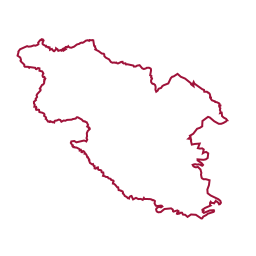 outline of Texcatepec, Veracruz, Mexico, rotated 82°
{"feature_id": "50627088B91275102089847", "entity_name": "Texcatepec", "entity_type": "district", "adm_level": 2, "iso_a3": "MEX", "parent_name": "Mexico", "parent_adm1": "Veracruz", "projection": "equal_earth", "projection_center": [-98.314, 20.622], "detail": "fine", "context": "isolated", "style": "outline", "palette": "rose", "viewbox_px": 256, "rotation_deg": 82, "n_neighbors": 0, "source": "geoboundaries", "source_scale": "gbopen_adm2", "svg_char_len": 5758}
<svg xmlns="http://www.w3.org/2000/svg" viewBox="0 0 256 256"><g transform="rotate(82 128 128)"><path d="M41.0,227.3L43.2,224.9L45.3,224.5L46.1,224.6L46.5,225.1L47.1,224.9L50.8,221.9L52.3,222.1L53.0,221.6L53.5,218.4L54.6,217.5L54.0,216.8L55.5,211.5L56.8,211.0L57.0,210.4L56.1,208.8L56.6,207.4L59.0,207.7L60.0,205.1L61.5,204.4L62.4,204.2L62.7,204.7L64.4,205.4L65.7,205.0L66.1,204.4L65.9,203.7L67.2,203.4L67.5,203.0L68.3,203.5L68.6,204.2L69.6,204.1L69.9,204.6L71.6,204.7L72.6,205.4L73.1,205.9L73.4,207.1L76.8,209.9L77.5,209.2L78.7,209.4L81.6,213.0L82.9,214.0L84.6,213.7L86.4,215.5L87.5,215.2L88.9,217.5L90.7,217.7L91.9,217.1L93.9,217.8L94.2,216.1L95.3,215.9L96.2,216.6L97.3,216.3L97.4,213.9L97.6,213.6L99.9,213.5L100.9,210.8L102.1,209.1L103.0,208.8L104.3,209.4L105.8,207.9L106.5,207.7L107.5,208.2L107.7,207.8L110.6,206.2L110.5,204.4L111.1,204.5L111.1,202.7L111.8,202.0L111.8,201.2L112.3,200.3L110.9,199.7L110.6,199.1L110.7,197.7L110.0,195.3L110.7,193.9L112.5,193.1L111.6,190.6L112.1,189.1L111.5,187.2L111.9,182.5L111.5,181.6L111.4,178.5L110.3,177.3L110.4,176.3L113.1,172.7L115.1,171.3L115.3,169.9L115.7,169.8L116.6,168.1L119.4,167.1L120.9,168.2L122.0,166.6L122.7,166.8L123.0,166.0L123.7,166.0L125.4,168.3L127.4,169.5L130.5,169.7L132.2,170.5L133.9,170.0L135.5,171.2L134.8,172.0L134.3,173.4L135.0,181.1L133.4,183.0L133.4,186.0L134.8,186.7L137.2,185.6L137.5,185.0L138.3,185.5L139.4,184.8L139.4,183.6L139.9,183.3L140.2,181.7L142.1,179.0L143.5,179.0L143.1,177.7L144.1,177.3L145.4,177.4L145.6,176.8L144.6,175.6L144.9,175.1L146.1,174.3L147.4,174.6L147.5,173.6L149.3,172.7L151.3,172.4L151.5,171.6L152.8,171.5L153.6,170.8L154.5,170.7L154.7,171.1L157.3,170.5L159.0,168.6L158.8,167.7L160.8,167.2L161.1,166.4L163.3,166.7L163.8,165.6L162.9,164.3L162.8,163.3L164.9,163.3L165.5,162.6L165.9,160.9L166.4,160.3L168.0,160.3L168.3,160.0L168.6,158.7L170.5,158.7L171.9,159.4L172.5,157.8L173.4,156.6L173.7,155.0L175.1,154.3L175.9,152.3L177.0,152.0L178.0,149.9L178.6,149.6L180.0,150.5L180.9,150.7L181.1,149.9L182.4,148.6L185.2,146.9L185.4,146.0L188.2,145.9L188.9,143.8L189.4,143.6L189.9,142.3L191.0,141.9L192.1,142.2L193.3,141.2L194.8,140.7L196.1,138.9L197.5,137.9L197.5,137.2L197.9,136.8L196.6,136.1L195.9,135.1L195.8,134.0L199.4,132.9L198.3,129.8L199.8,127.7L200.0,125.2L201.2,123.4L199.5,122.0L200.6,121.5L201.4,116.3L202.1,114.5L202.9,113.9L202.8,113.2L203.4,112.2L204.1,111.5L206.3,112.2L208.8,111.3L209.4,109.7L209.4,106.3L209.7,105.4L210.5,104.9L211.2,106.4L210.4,108.1L210.6,109.3L211.7,111.1L212.6,111.5L214.2,111.3L215.0,110.8L215.7,109.7L215.8,107.3L213.3,103.2L213.6,96.5L215.0,95.0L216.7,95.0L217.1,94.6L216.5,90.6L217.4,89.5L217.9,89.6L219.1,91.3L219.7,91.5L220.0,91.0L219.9,89.2L219.2,87.5L219.4,86.3L221.4,85.6L221.9,83.5L224.3,81.4L222.4,77.6L223.4,72.9L227.8,68.0L227.8,67.1L226.2,65.8L225.1,62.6L224.0,60.9L223.0,54.9L222.2,54.3L221.3,54.5L221.0,58.3L222.6,64.7L221.6,65.6L220.5,64.8L220.1,65.7L219.3,65.7L217.9,62.8L216.3,57.1L215.9,57.5L213.5,57.1L212.6,56.4L213.8,55.7L214.1,54.1L214.6,53.3L212.6,51.4L213.1,51.3L213.1,50.3L214.7,48.9L216.3,48.4L216.2,47.6L215.0,46.4L213.0,46.7L211.1,48.4L206.3,55.6L203.7,58.2L200.0,58.0L195.9,55.8L191.1,54.5L189.5,58.1L189.3,60.2L188.2,61.6L187.5,62.0L184.3,62.2L182.7,61.6L179.2,62.0L176.3,64.2L176.4,66.2L175.8,67.6L174.9,68.6L173.5,69.1L173.2,67.7L173.2,66.5L173.9,64.6L173.8,63.2L174.5,61.4L175.4,60.4L175.7,59.7L175.4,59.2L175.0,58.8L172.9,60.1L169.8,63.6L168.7,63.5L170.0,57.7L169.9,55.4L168.8,53.3L164.3,52.1L162.6,53.9L162.8,56.2L163.3,57.3L159.8,56.0L158.5,57.4L158.4,59.7L157.7,61.6L153.4,59.2L153.1,64.0L153.3,67.1L149.4,67.5L148.7,67.1L146.9,67.4L147.3,68.5L147.0,69.6L145.5,67.3L144.3,67.8L142.8,64.2L138.4,59.7L137.8,56.7L136.7,54.3L131.4,53.3L128.1,47.2L129.0,45.5L133.3,41.7L136.5,37.5L136.8,35.1L136.3,32.9L135.1,29.9L134.2,29.2L134.2,28.7L132.6,29.6L131.0,31.8L129.3,33.2L126.0,33.1L126.1,34.7L124.8,34.0L122.9,34.5L121.3,33.8L120.6,34.3L119.0,34.7L118.7,34.6L118.8,33.4L118.5,33.3L117.8,34.4L116.9,34.0L116.3,34.3L114.8,36.5L114.4,38.0L113.8,38.1L112.2,41.1L110.6,41.9L109.4,41.6L109.2,42.5L107.0,42.1L105.3,42.5L104.1,43.5L104.1,44.0L103.1,44.8L102.7,47.4L100.8,47.5L100.0,49.0L93.9,55.4L93.0,56.2L91.6,56.6L92.7,57.3L95.7,57.3L93.7,59.3L93.4,59.0L92.2,59.7L87.0,64.6L84.6,68.6L81.3,71.4L83.3,75.7L83.4,77.1L84.6,78.7L89.5,81.9L90.6,86.6L91.3,88.2L92.9,89.6L93.4,92.2L95.2,93.5L96.0,95.0L93.9,95.5L91.2,94.9L89.2,95.2L87.9,96.4L87.8,97.2L87.3,97.9L85.7,98.7L83.9,98.5L82.5,97.3L81.9,97.4L81.3,98.1L79.7,97.6L78.9,98.7L74.3,97.2L72.8,97.1L72.2,97.4L71.2,98.9L71.0,101.1L71.5,102.0L71.8,104.1L70.9,105.6L67.4,107.8L67.5,110.3L68.2,111.8L68.0,113.6L66.9,114.0L64.8,119.7L64.8,121.1L63.6,121.5L63.5,123.3L62.7,124.2L61.7,124.2L61.6,125.5L62.7,128.9L62.5,129.6L61.5,130.6L61.7,131.5L61.2,132.6L61.2,134.3L60.2,135.8L57.4,137.2L55.3,140.1L53.6,141.4L51.7,141.3L51.1,141.7L50.6,143.6L47.8,146.4L45.7,149.4L45.1,148.8L43.3,149.4L42.5,149.2L41.9,150.1L36.3,150.2L36.0,150.8L36.0,152.6L35.5,153.7L35.7,154.3L36.2,154.5L35.5,155.7L35.6,157.5L37.0,160.1L37.3,161.3L37.0,162.0L37.2,163.5L37.8,164.3L38.2,167.0L39.9,170.0L40.6,172.9L40.2,174.4L39.4,175.5L38.7,175.8L39.6,176.9L39.1,177.7L39.1,178.3L39.7,179.1L40.3,178.9L40.0,179.4L40.3,180.6L41.7,179.5L42.5,181.3L41.3,182.0L42.2,183.2L41.8,183.7L41.4,183.5L41.9,186.3L40.3,186.8L39.1,188.1L40.2,188.3L41.7,190.4L41.6,190.7L41.1,190.6L41.2,191.1L40.3,191.8L39.1,192.4L39.6,194.1L39.0,193.9L38.7,194.4L37.2,194.4L37.1,194.8L37.6,195.0L37.4,195.7L36.6,195.9L36.1,197.8L35.2,197.8L35.2,198.3L33.5,200.5L32.8,200.9L31.9,200.8L29.5,199.4L28.4,200.1L28.9,201.1L28.2,201.4L28.9,202.9L31.0,205.1L32.5,205.0L33.1,206.1L33.6,208.2L33.1,209.7L33.7,212.7L33.6,215.3L32.9,216.5L35.0,223.9L37.0,225.9L37.7,225.9L41.0,227.3Z" fill="none" stroke="#9f1239" stroke-width="2"/></g></svg>